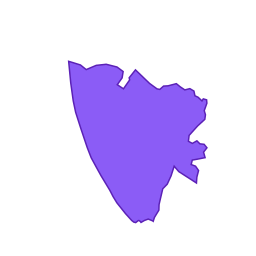 Nishan, Kashkadarya, Uzbekistan (Equal Earth projection), rotated 38°
{"feature_id": "79887680B39289348705167", "entity_name": "Nishan", "entity_type": "district", "adm_level": 2, "iso_a3": "UZB", "parent_name": "Uzbekistan", "parent_adm1": "Kashkadarya", "projection": "equal_earth", "projection_center": [65.65, 38.476], "detail": "fine", "context": "isolated", "style": "filled", "palette": "violet", "viewbox_px": 256, "rotation_deg": 38, "n_neighbors": 0, "source": "geoboundaries", "source_scale": "gbopen_adm2", "svg_char_len": 1114}
<svg xmlns="http://www.w3.org/2000/svg" viewBox="0 0 256 256"><g transform="rotate(38 128 128)"><path d="M126.8,79.3L117.5,79.6L98.1,77.6L98.0,87.7L99.7,89.1L100.3,99.9L92.9,100.5L92.5,92.1L89.4,86.5L81.8,86.7L71.6,91.2L64.4,98.2L59.1,107.7L51.7,107.6L44.3,110.4L40.2,112.0L55.1,127.7L68.1,140.3L77.0,147.8L90.8,157.2L107.9,168.5L117.3,174.1L127.2,178.4L136.1,182.2L152.1,188.3L158.4,191.2L165.3,193.8L178.7,197.0L187.9,198.6L190.5,198.6L192.3,197.8L193.1,194.6L193.7,194.1L195.3,194.1L196.4,194.4L197.9,190.7L200.0,187.3L204.6,186.0L205.3,186.0L203.9,182.2L202.9,173.7L199.6,169.2L196.9,163.4L192.8,154.5L193.5,148.1L191.4,139.2L187.9,129.7L194.9,131.1L215.8,129.2L212.5,124.3L209.8,118.1L204.7,116.5L200.3,117.9L198.4,113.7L201.9,109.8L207.0,103.9L202.4,100.5L202.4,95.0L198.0,94.0L194.4,96.2L190.2,95.7L188.2,100.5L183.8,101.3L180.7,96.2L181.6,83.4L183.2,73.9L180.9,69.9L177.4,67.4L174.9,59.9L172.6,57.4L169.4,58.7L169.6,61.1L164.3,60.6L160.9,61.4L157.2,58.3L152.5,58.9L149.3,63.0L143.8,63.4L138.8,63.3L133.6,70.1L130.2,73.1L129.3,78.0L126.8,79.3Z" fill="#8b5cf6" stroke="#5b21b6" stroke-width="1.5"/></g></svg>